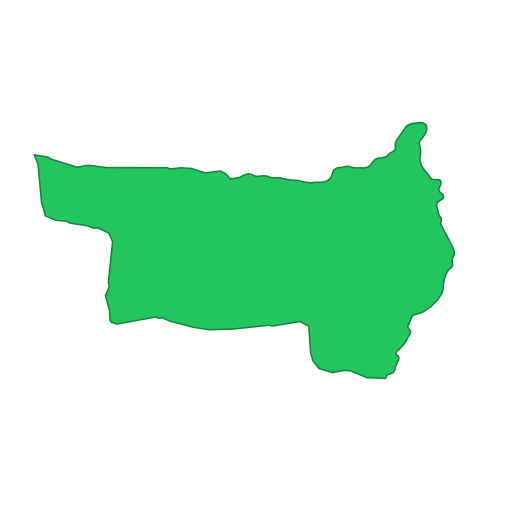 Jerez, Jutiapa, Guatemala (Natural Earth projection), rotated 257°
{"feature_id": "79465075B56030865521274", "entity_name": "Jerez", "entity_type": "district", "adm_level": 2, "iso_a3": "GTM", "parent_name": "Guatemala", "parent_adm1": "Jutiapa", "projection": "natural_earth1", "projection_center": [-89.76, 14.081], "detail": "fine", "context": "isolated", "style": "filled", "palette": "green", "viewbox_px": 512, "rotation_deg": 257, "n_neighbors": 0, "source": "geoboundaries", "source_scale": "gbopen_adm2", "svg_char_len": 2907}
<svg xmlns="http://www.w3.org/2000/svg" viewBox="0 0 512 512"><g transform="rotate(257 256 256)"><path d="M264.1,106.4L259.0,106.1L251.3,100.4L236.1,101.0L225.8,99.3L223.7,100.3L222.4,103.1L221.0,104.6L219.1,144.7L217.2,147.2L217.1,150.5L212.2,157.0L200.5,179.2L194.7,193.7L190.0,216.8L185.6,253.5L184.1,256.0L182.2,284.2L175.7,291.7L149.4,287.4L140.9,288.0L132.2,292.1L125.2,304.3L124.7,316.1L122.8,322.3L112.4,336.9L107.6,354.8L110.7,357.1L110.9,360.8L111.4,363.2L113.8,365.8L116.3,366.7L118.0,367.9L120.1,369.4L122.6,371.6L124.6,372.4L126.7,372.1L128.3,370.6L130.1,370.3L131.6,371.9L132.9,374.6L134.8,377.5L137.3,380.8L139.4,383.1L142.5,385.6L144.1,387.2L145.5,388.9L148.1,389.8L150.5,388.4L153.2,387.9L155.2,389.5L159.4,392.7L161.4,393.8L163.1,396.3L163.2,399.2L163.4,401.3L163.6,404.4L164.0,406.5L165.0,409.1L167.1,414.7L171.2,421.3L172.5,423.2L174.7,425.5L177.3,428.2L179.5,429.7L181.3,430.8L183.1,431.4L186.9,432.5L189.0,433.5L190.8,434.2L193.9,436.0L195.9,437.4L199.1,440.2L201.0,444.1L203.1,445.6L204.9,445.8L208.0,446.3L210.3,447.4L212.0,449.0L214.0,450.0L216.6,450.1L218.5,450.0L230.2,447.2L244.5,443.4L246.2,443.4L248.8,444.5L251.6,445.1L253.9,443.6L257.1,443.4L260.9,443.4L263.5,443.3L266.0,443.7L267.7,445.1L268.8,448.2L269.9,451.4L271.9,452.1L274.3,451.7L276.5,449.7L279.7,448.9L282.3,450.7L283.7,451.9L286.4,452.9L288.7,452.4L289.6,449.8L290.6,445.9L291.7,444.3L293.9,443.2L296.4,442.3L299.3,440.9L301.4,439.6L305.2,438.2L306.8,437.6L309.3,437.4L311.3,437.3L313.1,437.4L315.9,438.3L317.8,439.0L321.5,440.0L324.2,440.3L327.1,440.4L329.3,440.4L331.5,441.8L333.2,444.2L335.4,446.8L337.1,448.4L338.8,449.7L340.6,450.8L343.1,451.3L345.9,451.1L348.0,448.8L349.0,446.5L349.4,443.9L349.9,438.7L349.8,435.3L348.5,431.6L347.2,430.0L344.5,427.2L337.2,419.1L334.5,417.1L332.9,416.7L331.0,416.4L328.2,415.4L327.0,413.1L326.1,409.8L325.1,408.1L324.1,406.5L323.3,404.7L323.4,400.7L323.9,397.0L323.4,394.6L322.7,392.9L320.9,390.3L318.5,387.6L317.7,385.6L317.4,382.8L317.6,380.2L318.5,377.1L319.4,373.0L320.1,370.9L320.9,369.3L322.4,366.6L323.0,364.6L323.1,362.5L323.2,357.5L323.7,355.2L322.4,351.3L320.0,349.5L316.8,347.5L314.7,345.5L313.6,343.2L313.0,340.5L313.0,338.1L313.3,334.8L314.1,332.2L314.6,329.3L315.0,325.9L315.9,323.1L316.8,320.6L317.8,318.6L319.1,316.0L320.0,314.2L320.9,311.7L321.6,308.9L322.5,306.3L323.4,304.0L324.2,302.2L325.4,299.7L327.3,295.6L328.0,292.2L328.3,290.2L329.5,287.5L330.7,285.6L331.7,284.0L332.3,281.8L333.0,278.1L333.4,274.6L334.8,272.1L336.2,270.5L337.7,267.7L337.8,265.0L337.5,262.0L336.3,258.1L336.8,248.4L343.0,245.0L346.9,240.4L348.3,225.4L355.9,212.6L358.9,202.6L360.1,191.9L362.0,189.4L375.7,130.5L382.2,112.8L382.7,101.9L395.4,80.0L396.8,77.7L399.2,75.4L404.4,62.8L394.5,64.2L356.7,59.1L342.4,59.9L335.7,69.1L332.5,79.2L329.8,82.3L323.2,98.9L319.6,104.0L319.0,108.1L311.4,117.8L302.2,119.5L264.1,106.4Z" fill="#22c55e" stroke="#15803d" stroke-width="1.5"/></g></svg>